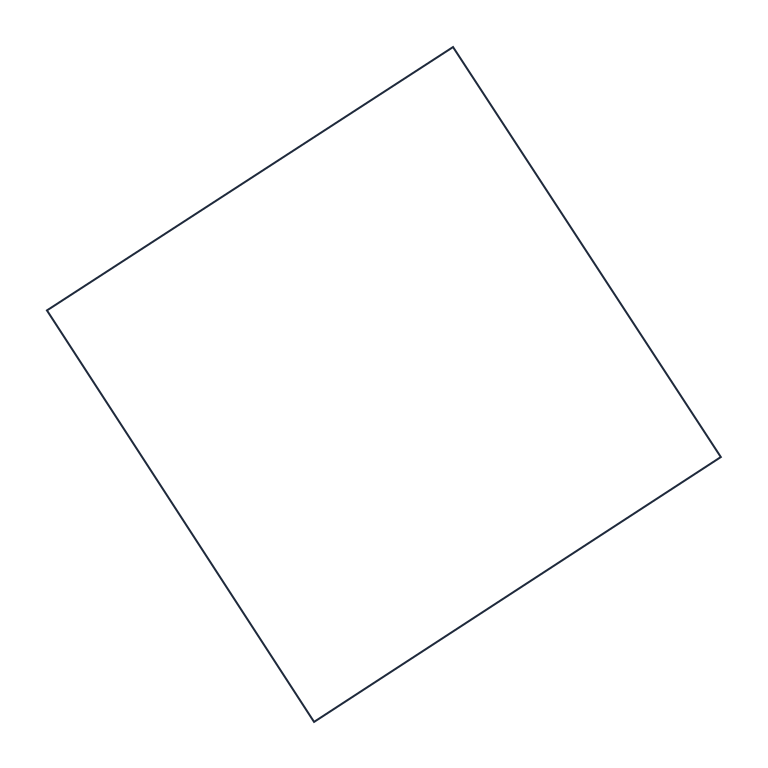 the district of Hutchinson, Texas, United States of America, rotated 237°
{"feature_id": "52423323B37064870430206", "entity_name": "Hutchinson", "entity_type": "district", "adm_level": 2, "iso_a3": "USA", "parent_name": "United States of America", "parent_adm1": "Texas", "projection": "mercator", "projection_center": [-101.408, 35.84], "detail": "fine", "context": "isolated", "style": "outline", "palette": "slate", "viewbox_px": 768, "rotation_deg": 237, "n_neighbors": 0, "source": "geoboundaries", "source_scale": "gbopen_adm2", "svg_char_len": 226}
<svg xmlns="http://www.w3.org/2000/svg" viewBox="0 0 768 768"><g transform="rotate(237 384 384)"><path d="M138.7,141.3L139.3,626.7L629.0,625.4L629.3,141.4L138.7,141.3Z" fill="none" stroke="#1e293b" stroke-width="2"/></g></svg>